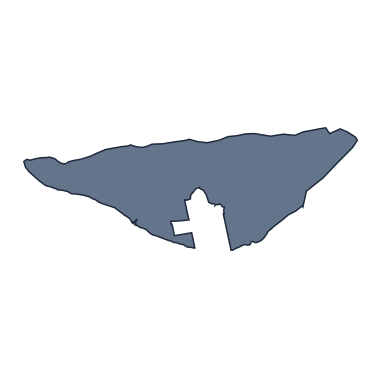 'Eua Prope, Eua, Tonga (Natural Earth projection), rotated 268°
{"feature_id": "48082658B54870744689581", "entity_name": "'Eua Prope", "entity_type": "district", "adm_level": 2, "iso_a3": "TON", "parent_name": "Tonga", "parent_adm1": "Eua", "projection": "natural_earth1", "projection_center": [-174.946, -21.37], "detail": "fine", "context": "isolated", "style": "filled", "palette": "slate", "viewbox_px": 384, "rotation_deg": 268, "n_neighbors": 0, "source": "geoboundaries", "source_scale": "gbopen_adm2", "svg_char_len": 3390}
<svg xmlns="http://www.w3.org/2000/svg" viewBox="0 0 384 384"><g transform="rotate(268 192 192)"><path d="M136.0,192.9L151.3,190.2L150.1,181.5L149.0,172.9L157.4,171.5L160.7,170.8L160.7,169.8L163.5,169.7L163.5,170.3L163.5,173.1L163.5,176.0L163.5,177.4L163.9,183.9L164.2,188.0L165.9,187.7L168.0,187.2L171.9,186.5L172.0,186.5L184.4,184.3L184.0,186.5L184.5,188.2L185.2,190.2L187.8,190.4L189.8,191.1L191.0,192.6L194.6,195.4L195.5,197.0L196.3,199.7L195.5,199.8L194.4,201.1L193.8,203.0L189.1,206.0L181.1,208.4L179.4,211.5L179.6,213.5L178.7,214.7L177.8,214.5L178.3,215.1L178.6,217.3L178.8,220.2L176.1,221.8L175.7,223.8L172.8,223.1L172.2,223.0L169.1,223.4L169.0,222.5L162.9,223.6L132.5,229.0L132.5,231.1L132.8,231.5L133.6,232.6L134.7,235.6L135.1,236.7L136.0,238.7L137.2,241.3L137.7,243.3L137.0,245.4L137.2,247.8L137.5,248.2L138.1,248.6L139.1,248.9L140.2,249.6L140.5,250.2L140.2,251.6L139.5,252.6L139.2,253.8L139.2,254.5L140.0,256.9L140.7,258.5L142.0,260.6L144.0,262.4L144.9,263.5L145.4,263.5L147.2,265.1L149.3,266.1L150.4,267.2L152.2,269.6L152.4,270.3L152.9,270.2L157.6,276.6L159.7,279.6L161.9,282.5L165.7,287.3L169.4,295.1L174.3,301.7L173.2,302.3L188.9,306.4L201.3,323.2L216.4,338.7L231.0,354.2L238.0,359.0L241.2,357.2L246.6,349.4L249.9,342.3L245.5,331.5L251.5,327.9L250.4,319.6L249.3,313.0L248.2,305.2L245.0,296.9L246.6,285.5L245.0,272.4L248.2,256.3L248.2,247.9L246.6,238.3L246.1,230.0L242.8,221.0L242.3,218.3L240.7,209.1L242.0,199.8L244.7,191.2L243.7,186.4L242.6,175.3L241.2,164.6L241.2,161.3L241.2,153.8L239.3,148.7L238.3,144.8L238.8,139.8L239.9,135.6L241.2,132.3L240.2,129.6L239.9,124.2L238.5,114.1L237.5,107.2L234.2,98.5L231.3,91.7L228.6,82.1L227.7,75.2L226.4,69.5L224.5,66.6L225.0,62.7L227.2,59.4L230.2,55.8L231.8,51.0L231.5,47.1L231.5,42.3L230.7,36.7L229.4,31.3L230.4,28.0L228.3,25.0L222.6,26.5L218.0,29.8L213.5,34.5L208.6,39.6L204.0,45.4L203.5,46.1L202.4,49.5L202.0,51.5L201.1,53.0L200.7,54.2L199.5,57.2L198.8,57.7L198.7,58.5L198.8,59.3L198.2,62.8L197.6,64.6L197.4,65.8L197.0,67.2L196.0,69.1L195.1,70.3L194.5,71.6L194.3,73.7L193.7,78.2L193.1,80.7L192.9,82.5L190.7,89.4L188.7,92.5L187.4,95.6L185.3,98.1L183.4,102.2L180.4,110.5L179.0,114.2L172.3,122.5L171.4,123.4L171.1,123.6L170.9,124.1L170.0,125.7L169.3,126.6L167.1,129.3L165.5,129.9L165.0,130.3L164.5,130.9L164.3,131.1L163.6,130.9L163.4,131.0L163.1,131.5L162.8,132.0L162.5,132.3L162.3,132.3L162.2,132.5L162.3,132.6L162.6,132.5L162.8,132.6L163.2,132.0L164.2,132.8L164.1,133.0L164.3,133.1L164.4,133.7L164.4,134.2L164.5,134.2L164.7,134.4L164.8,134.5L165.0,134.6L165.4,134.8L165.7,135.1L166.2,135.3L166.6,135.7L166.6,135.8L166.4,135.9L165.9,135.8L165.1,135.4L164.5,134.7L163.1,134.2L162.8,134.4L162.5,134.4L162.1,134.6L161.8,134.9L161.7,135.0L161.2,134.9L161.3,134.2L160.9,134.1L160.6,135.2L160.6,135.8L160.4,136.0L160.2,136.4L159.8,136.9L159.6,137.2L159.2,137.6L158.7,138.4L158.4,138.9L158.3,139.3L158.2,139.4L158.1,139.7L157.8,140.4L157.8,140.8L157.6,141.9L157.3,142.5L156.7,143.3L156.3,144.3L156.1,144.8L155.4,145.6L154.6,146.1L153.8,147.0L152.8,148.1L151.5,149.6L150.6,151.0L149.9,153.1L149.2,155.3L146.7,161.4L144.5,166.5L144.1,167.6L144.0,168.7L143.5,169.7L142.8,170.5L142.6,171.4L142.3,172.2L142.0,173.0L142.1,174.7L141.1,176.2L140.8,177.4L140.1,179.4L139.6,181.8L138.5,183.3L138.2,183.7L137.4,184.9L137.0,185.9L137.0,187.4L136.8,188.8L136.7,189.2L135.9,191.7L136.0,192.9Z" fill="#64748b" stroke="#1e293b" stroke-width="1.5"/></g></svg>